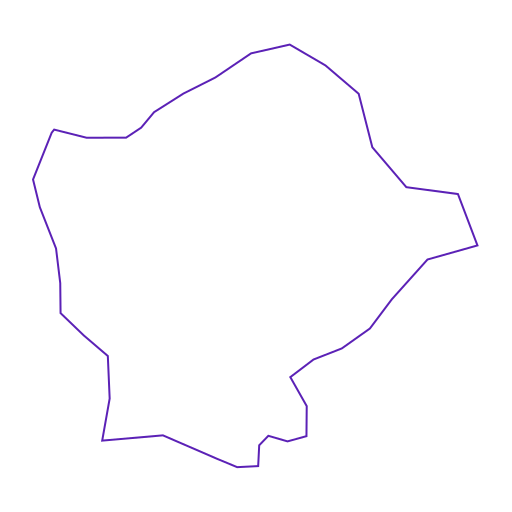 SVG path tracing the border of Masallı, rotated 179°
{"feature_id": "AZE-1708", "entity_name": "Masallı", "entity_type": "District", "adm_level": 1, "iso_a3": "AZE", "parent_name": "Azerbaijan", "parent_adm1": "", "projection": "albers", "projection_center": [48.733, 38.991], "detail": "fine", "context": "isolated", "style": "outline", "palette": "violet", "viewbox_px": 512, "rotation_deg": 179, "n_neighbors": 0, "source": "natural_earth", "source_scale": "10m", "svg_char_len": 646}
<svg xmlns="http://www.w3.org/2000/svg" viewBox="0 0 512 512"><g transform="rotate(179 256 256)"><path d="M477.6,336.4L458.1,382.9L455.6,385.9L423.3,377.2L383.8,376.6L368.6,386.3L355.4,401.6L325.7,419.7L293.5,435.2L257.4,458.7L218.6,466.8L183.2,445.3L150.5,416.4L137.8,362.7L104.5,322.2L53.0,314.4L34.4,262.7L84.6,249.5L120.9,210.4L143.4,181.5L171.8,162.1L200.3,151.5L223.8,134.3L207.9,105.0L208.7,75.0L227.7,70.1L246.8,76.0L256.1,66.7L257.5,45.9L278.5,45.2L298.7,54.0L352.2,78.3L413.0,74.1L404.8,116.0L405.9,158.6L429.5,179.5L452.4,202.3L452.2,232.3L455.8,267.0L471.3,308.6L477.6,336.4Z" fill="none" stroke="#5b21b6" stroke-width="2"/></g></svg>